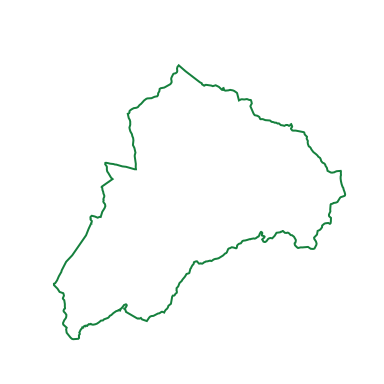 outline of La Mesa, Cundinamarca, Colombia, rotated 171°
{"feature_id": "7082276B41572660322682", "entity_name": "La Mesa", "entity_type": "district", "adm_level": 2, "iso_a3": "COL", "parent_name": "Colombia", "parent_adm1": "Cundinamarca", "projection": "mercator", "projection_center": [-74.467, 4.646], "detail": "fine", "context": "isolated", "style": "outline", "palette": "green", "viewbox_px": 384, "rotation_deg": 171, "n_neighbors": 0, "source": "geoboundaries", "source_scale": "gbopen_adm2", "svg_char_len": 5939}
<svg xmlns="http://www.w3.org/2000/svg" viewBox="0 0 384 384"><g transform="rotate(171 192 192)"><path d="M336.6,96.3L337.4,95.0L337.4,94.0L336.2,92.3L335.3,90.4L335.5,89.2L335.9,88.0L336.6,86.9L338.2,85.4L339.9,82.7L339.9,81.2L337.0,77.6L337.8,76.0L337.8,72.6L334.8,67.3L333.6,65.8L332.4,65.2L327.3,64.8L326.4,65.5L326.1,68.2L325.1,69.1L325.0,70.0L325.3,70.7L323.4,73.5L322.0,74.6L321.6,75.4L320.6,75.1L320.2,76.0L318.7,76.6L318.3,76.6L318.0,76.1L317.3,76.6L316.4,76.2L316.0,76.7L314.6,77.6L313.6,77.2L313.1,77.6L312.6,77.6L311.5,76.7L310.3,76.4L308.0,76.5L306.3,76.9L303.8,78.1L302.1,79.2L300.0,79.1L298.8,80.0L294.7,80.8L293.8,81.3L292.5,82.6L290.9,83.1L288.6,84.7L285.5,86.2L282.8,86.5L282.8,86.9L282.5,86.9L282.4,86.5L281.5,86.2L281.0,87.7L280.2,87.8L279.6,88.5L278.6,88.7L278.4,89.6L277.6,90.1L276.8,91.0L274.8,91.4L274.3,90.9L274.2,90.0L275.7,88.1L277.1,87.1L276.1,85.7L276.0,84.1L275.7,83.9L275.7,83.7L266.0,75.8L265.5,75.5L264.9,75.6L264.2,75.2L263.1,75.3L262.2,75.6L261.3,74.0L256.8,71.6L253.9,74.7L252.8,75.5L251.5,75.8L249.4,75.7L244.7,77.3L243.2,77.3L240.8,78.4L240.2,78.4L238.3,77.3L237.8,78.2L236.3,79.8L234.9,80.6L233.9,81.7L233.1,83.3L230.3,84.9L228.0,91.6L227.4,92.4L227.1,92.7L225.9,92.5L225.3,92.8L224.1,94.2L223.0,94.7L222.7,95.1L222.5,96.4L222.7,97.5L222.5,97.8L222.3,99.4L220.4,100.9L218.6,104.0L215.9,105.9L215.2,106.9L212.2,109.5L210.2,111.9L207.8,112.2L207.3,112.5L205.6,116.4L204.8,117.1L204.1,118.3L202.9,119.7L202.0,120.3L201.4,121.2L201.1,122.3L199.4,122.8L198.0,122.8L196.3,120.2L195.3,120.0L194.6,120.2L193.3,119.6L192.1,120.0L191.0,120.7L190.2,120.8L189.3,121.2L187.4,121.1L184.8,121.4L183.9,120.8L183.2,120.9L181.3,121.9L179.4,122.3L178.4,122.2L176.1,122.4L171.3,124.4L168.9,126.1L167.8,126.3L167.0,127.0L165.2,130.0L164.0,130.6L163.5,130.5L161.5,131.2L161.0,131.1L159.8,130.7L157.3,129.5L156.7,129.7L156.1,130.9L155.8,132.1L155.1,132.7L153.7,133.5L151.8,133.7L149.8,135.7L148.6,135.9L147.1,135.8L145.1,136.0L142.4,136.4L141.9,136.2L141.2,136.4L138.4,136.5L137.3,136.1L135.8,136.5L134.1,137.5L133.4,137.5L132.6,138.3L131.5,140.3L130.3,141.7L130.0,141.8L129.1,141.0L129.0,140.4L129.8,138.6L129.8,138.2L127.5,136.9L127.3,136.5L127.8,135.7L130.1,134.2L129.2,131.8L128.2,131.3L127.4,131.2L126.7,131.5L125.5,132.3L124.5,133.5L123.0,134.2L121.7,134.3L120.0,133.7L117.2,135.8L114.9,138.5L111.2,138.4L110.6,138.8L109.8,138.7L108.7,139.3L108.2,139.2L106.7,137.2L105.2,136.8L103.7,136.9L102.4,135.8L101.5,134.3L101.0,133.9L100.0,133.7L98.3,131.9L97.0,128.5L97.1,127.5L97.8,125.8L98.5,125.5L98.7,125.1L98.7,123.9L98.5,123.1L96.9,120.9L96.0,120.1L93.2,120.3L91.8,120.0L86.0,119.6L83.7,117.4L81.3,116.8L79.9,117.0L77.4,120.4L77.0,121.7L77.3,123.8L78.6,126.6L78.5,127.9L75.2,130.4L74.0,133.9L71.8,134.5L70.6,135.3L69.1,136.8L68.7,138.5L66.2,140.0L65.2,140.2L62.3,140.1L60.8,139.0L60.0,139.5L59.5,141.0L58.8,144.7L60.3,146.5L60.4,147.4L60.2,148.4L58.4,151.1L58.2,153.2L57.1,157.8L56.7,158.3L54.9,158.5L54.0,159.0L51.5,159.0L49.9,159.4L46.7,163.1L46.0,163.6L42.4,164.2L41.5,164.6L41.1,165.8L41.3,168.0L41.8,170.4L42.0,172.6L42.5,173.5L43.0,176.4L43.2,179.5L43.1,182.2L42.7,184.3L42.2,185.4L42.1,187.1L41.7,189.1L41.8,189.6L45.8,189.9L47.3,189.6L48.4,189.2L50.6,189.2L51.8,189.5L54.8,191.7L55.0,194.7L56.1,197.2L56.1,198.0L56.5,198.9L56.9,199.5L58.5,200.6L59.5,202.3L59.8,204.4L60.2,205.6L61.9,207.3L62.2,208.2L63.5,209.9L65.9,212.5L67.4,215.3L67.9,217.0L68.6,218.1L69.5,218.8L70.0,221.2L70.0,222.8L69.6,224.3L70.4,226.7L69.8,228.6L71.4,230.8L71.7,231.4L71.8,233.0L72.2,233.6L79.9,236.4L82.8,236.9L83.4,237.2L84.3,238.8L84.3,239.3L83.0,240.6L82.8,241.2L83.4,243.5L84.1,243.3L84.7,242.4L85.2,242.2L85.9,242.2L87.1,243.2L88.6,243.5L90.5,242.9L91.4,243.4L93.8,244.2L95.5,246.2L96.7,246.2L98.2,247.4L99.2,247.4L100.7,248.3L102.5,248.9L103.5,250.2L104.1,250.5L108.3,251.5L110.7,252.9L112.9,253.2L113.3,253.6L113.8,255.6L115.4,257.0L118.1,258.1L118.9,259.7L120.9,267.5L120.7,268.0L119.1,270.1L119.2,272.3L119.6,273.7L121.1,274.0L123.2,275.2L125.9,275.2L128.2,275.8L129.1,275.8L131.3,275.1L132.0,282.6L132.3,283.1L134.5,285.2L135.8,286.0L138.4,286.9L140.2,286.7L143.2,286.9L144.2,287.5L144.6,289.7L145.3,289.5L145.9,288.1L146.5,288.3L149.0,291.6L151.9,293.7L154.9,293.3L156.3,294.1L161.2,295.6L162.2,295.7L163.0,295.1L163.7,295.3L164.2,295.9L165.2,296.7L165.4,297.9L167.1,299.2L179.6,312.4L185.3,319.2L186.8,317.8L187.5,316.2L187.6,313.8L188.2,312.6L189.7,311.8L191.1,311.8L192.0,311.5L193.9,308.9L194.6,307.8L194.9,306.8L194.8,304.7L195.1,303.3L196.5,301.9L203.0,299.5L206.6,299.4L207.8,298.9L208.5,296.6L210.0,294.8L210.3,293.2L211.3,292.0L214.1,291.9L217.3,291.0L221.4,291.4L222.5,291.2L225.0,289.9L228.4,287.1L230.2,286.1L232.2,284.3L233.7,283.9L236.5,283.9L238.8,283.1L240.8,282.0L241.2,281.3L241.3,280.4L241.9,279.6L243.2,279.3L242.9,274.9L242.2,273.1L242.0,271.3L242.5,268.0L243.7,265.5L243.7,264.0L243.4,261.5L242.3,258.5L242.2,256.5L241.7,254.5L241.8,252.1L243.0,247.6L242.0,244.5L241.7,239.7L242.8,237.3L243.0,236.1L243.1,228.5L243.7,225.4L243.8,223.2L245.0,223.4L253.2,227.2L256.8,228.2L262.5,230.9L263.8,231.2L265.2,231.9L268.8,232.9L269.8,233.4L272.3,234.3L273.0,234.3L273.4,233.0L272.2,230.6L272.2,229.9L272.6,227.4L272.5,225.5L271.7,223.9L269.7,218.8L268.4,217.2L280.3,211.4L280.5,210.9L280.0,210.2L280.1,207.9L279.7,206.1L279.7,204.5L279.2,202.2L279.4,201.0L280.3,199.6L280.7,198.7L280.5,197.8L281.0,196.8L281.1,196.3L280.8,195.3L280.0,194.0L279.8,193.1L279.8,191.6L280.9,189.7L283.7,186.5L286.1,181.6L287.0,181.9L289.2,181.4L291.8,183.0L294.7,184.2L296.0,183.4L296.3,182.8L296.2,181.7L296.4,181.6L296.5,180.6L295.5,179.0L295.7,178.1L296.5,177.0L296.4,176.5L296.7,176.5L299.8,171.9L303.4,165.8L320.2,148.2L327.2,142.8L333.0,134.9L333.5,133.6L336.7,129.6L339.1,125.8L341.4,123.3L342.7,123.0L342.9,121.6L340.0,117.6L338.4,114.0L335.0,112.2L334.8,111.3L334.7,109.6L336.2,107.3L336.0,106.4L335.1,105.1L335.1,101.2L335.5,98.9L335.6,97.0L335.9,96.6L336.6,96.3Z" fill="none" stroke="#15803d" stroke-width="2"/></g></svg>